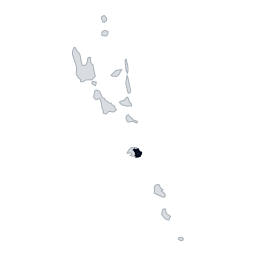 location of Eton, Shefa, Vanuatu
{"feature_id": "77236927B17135940935596", "entity_name": "Eton", "entity_type": "district", "adm_level": 2, "iso_a3": "VUT", "parent_name": "Vanuatu", "parent_adm1": "Shefa", "projection": "orthographic", "projection_center": [168.474, -17.706], "detail": "fine", "context": "in_parent", "style": "filled", "palette": "ink", "viewbox_px": 256, "rotation_deg": 0, "n_neighbors": 0, "source": "geoboundaries", "source_scale": "gbopen_adm2", "svg_char_len": 4269}
<svg xmlns="http://www.w3.org/2000/svg" viewBox="0 0 256 256"><path d="M79.8,54.0L82.1,65.4L84.6,65.3L85.8,64.7L87.3,62.0L87.9,57.8L89.2,57.2L90.9,57.7L90.2,59.0L90.7,62.4L91.9,64.2L92.8,64.5L94.5,73.3L95.1,75.1L95.1,76.6L91.6,79.9L86.4,79.8L82.7,81.8L80.5,81.7L80.5,79.5L78.5,77.8L76.2,74.0L76.7,67.3L72.6,54.9L72.5,51.8L73.8,47.7L75.2,47.5L77.0,50.9L79.8,54.0ZM102.3,97.6L103.8,98.3L104.6,98.3L105.1,100.0L109.9,103.3L111.2,103.2L112.3,105.1L114.4,106.0L114.9,107.8L116.4,109.7L113.8,112.0L108.9,111.4L106.1,114.1L103.6,113.4L103.1,112.0L103.5,111.6L102.0,108.1L101.2,102.8L100.2,99.6L99.1,98.3L96.8,99.5L95.8,99.7L93.6,97.1L94.6,91.9L95.2,90.4L97.0,90.1L99.7,91.4L102.3,97.6ZM165.5,195.7L164.0,197.3L162.7,197.1L154.2,193.2L154.6,191.7L154.2,187.6L155.2,185.4L157.5,184.5L159.4,185.0L160.5,188.2L163.0,189.6L161.2,190.7L164.3,193.1L165.5,195.7ZM136.5,147.4L139.8,152.3L141.1,152.7L139.1,156.2L135.0,156.5L130.2,155.6L131.9,154.4L131.0,153.0L129.5,152.8L127.9,153.4L127.1,153.2L128.2,150.9L130.9,147.7L131.7,147.5L132.4,147.4L133.1,147.7L136.5,147.4ZM131.6,105.8L127.8,106.2L122.5,105.1L120.3,103.6L119.4,102.1L121.2,101.0L123.9,100.4L127.2,97.0L128.3,98.3L129.6,102.2L130.9,103.3L131.6,104.5L131.6,105.8ZM170.5,216.4L168.8,220.1L165.8,219.2L163.1,216.5L161.6,214.1L162.6,209.6L164.1,208.8L165.5,209.1L166.3,213.5L170.5,216.4ZM128.8,93.2L128.2,93.2L127.7,91.6L125.8,83.2L127.0,75.6L127.8,77.2L130.6,90.5L130.2,92.6L128.8,93.2ZM136.6,121.0L137.5,121.6L137.0,123.0L132.5,121.4L128.8,122.0L127.8,121.9L126.7,120.6L125.9,118.0L126.3,116.2L127.8,114.9L128.4,114.7L129.5,116.2L130.6,117.3L131.6,117.8L133.9,120.4L136.6,121.0ZM118.8,74.8L116.5,76.4L112.4,76.2L110.9,75.3L115.9,70.5L121.8,69.5L118.8,74.8ZM107.7,34.3L106.4,36.1L102.6,35.5L101.7,35.1L101.9,32.2L102.8,31.2L105.1,30.3L108.2,31.7L107.7,34.3ZM104.5,22.2L104.0,22.5L103.2,22.2L101.2,18.1L101.7,16.7L104.2,15.4L106.4,17.7L106.6,18.9L106.6,20.0L106.3,21.0L104.8,21.4L104.5,22.2ZM128.0,71.0L127.4,73.2L126.0,70.7L125.1,60.3L125.5,59.3L126.2,59.3L127.9,66.5L128.0,71.0ZM183.5,238.7L182.4,240.6L180.6,240.6L178.4,239.2L178.8,237.6L181.4,237.3L182.1,237.4L183.5,238.7ZM95.8,84.8L95.2,85.7L91.7,83.5L92.5,81.3L96.3,82.1L95.8,84.8Z" fill="#d9dde1" stroke="#a8b0b8" stroke-width="1"/><path d="M135.5,153.5L135.7,153.8L135.8,153.8L135.8,154.0L135.9,154.3L135.9,154.5L135.8,154.8L135.9,155.0L136.0,155.0L135.9,155.1L136.0,155.1L136.0,155.3L136.0,155.5L136.3,155.7L136.3,155.8L136.3,156.1L136.4,156.4L136.3,156.5L136.2,156.5L136.2,156.8L136.2,157.0L136.4,156.9L136.5,156.8L136.6,156.7L136.8,156.5L136.8,156.3L136.8,156.2L136.7,156.1L136.8,156.1L136.8,156.3L136.8,156.6L137.0,156.7L137.3,156.6L137.5,156.7L137.7,156.8L137.8,156.9L138.0,156.9L138.3,156.8L138.4,156.6L138.4,156.4L138.5,156.4L138.6,156.5L138.8,156.5L138.9,156.4L139.0,156.4L139.3,156.3L139.5,156.3L139.7,156.2L139.8,156.2L140.0,156.0L140.2,155.9L140.2,155.7L140.3,155.6L140.3,155.4L140.3,155.2L140.2,155.2L140.3,155.1L140.2,155.1L140.3,155.0L140.2,155.0L140.2,154.9L140.3,154.9L140.5,154.6L140.5,154.4L140.4,154.3L140.3,154.2L140.5,154.1L140.6,153.9L140.7,153.7L140.9,153.6L140.7,153.4L140.8,153.4L140.8,153.5L141.1,153.2L141.3,152.8L141.4,152.6L141.4,152.4L141.1,152.3L140.9,152.3L140.6,152.3L140.4,152.3L140.4,152.2L140.0,152.2L139.9,152.2L139.7,152.2L139.8,152.1L139.9,151.9L139.8,151.7L139.7,151.6L139.4,151.3L139.2,151.3L139.2,151.2L138.9,150.8L138.7,150.9L138.5,150.7L138.4,150.4L138.5,150.4L138.4,150.3L138.4,150.2L138.5,149.9L138.4,149.7L138.3,149.4L138.3,149.2L138.2,149.1L138.0,149.3L137.9,149.4L137.7,149.4L137.3,149.4L137.2,149.4L136.9,149.5L136.7,149.5L136.4,149.8L136.2,149.8L136.2,150.0L136.1,149.9L135.9,150.0L135.7,149.9L135.7,150.0L135.4,150.0L135.4,149.9L135.2,149.8L135.1,149.7L134.9,149.6L134.7,149.5L134.6,149.4L134.4,149.5L134.2,149.5L134.2,149.4L134.0,149.5L133.9,149.6L134.0,149.6L133.9,149.8L133.8,150.0L134.0,150.2L134.2,150.3L134.3,150.3L134.4,150.5L134.5,150.6L134.8,150.8L135.0,150.8L135.2,151.0L135.3,151.0L135.5,151.2L135.8,151.1L136.0,151.1L136.1,151.3L135.9,151.4L135.9,151.5L135.8,151.8L135.7,152.0L135.7,151.9L135.6,152.0L135.4,152.0L135.5,152.1L135.4,152.2L135.4,152.3L135.5,152.4L135.6,152.5L135.8,152.7L135.8,152.8L135.7,152.8L135.7,153.0L135.6,153.3L135.5,153.5Z" fill="#0f172a" stroke="#020617" stroke-width="1.5"/></svg>